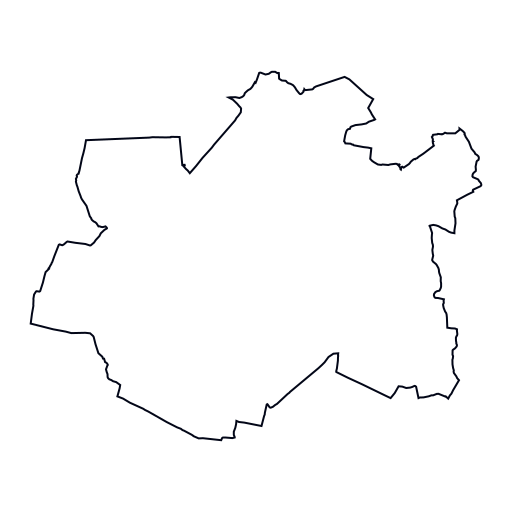 Dorobantu, Tulcea, Romania (Albers equal-area conic projection)
{"feature_id": "2599482B37280829383537", "entity_name": "Dorobantu", "entity_type": "district", "adm_level": 2, "iso_a3": "ROU", "parent_name": "Romania", "parent_adm1": "Tulcea", "projection": "albers", "projection_center": [28.322, 44.951], "detail": "fine", "context": "isolated", "style": "outline", "palette": "ink", "viewbox_px": 512, "rotation_deg": 0, "n_neighbors": 0, "source": "geoboundaries", "source_scale": "gbopen_adm2", "svg_char_len": 5965}
<svg xmlns="http://www.w3.org/2000/svg" viewBox="0 0 512 512"><path d="M78.7,172.8L78.4,173.7L77.1,174.7L76.7,175.4L77.0,176.8L75.9,178.9L76.2,180.4L75.9,181.6L76.8,185.2L77.4,186.7L78.7,191.3L80.7,196.4L81.0,197.5L81.9,199.3L86.5,205.9L89.8,216.3L91.3,218.4L91.4,219.1L91.9,219.9L93.6,221.4L95.2,222.2L96.4,223.2L98.5,226.4L99.5,226.3L101.1,226.9L102.8,227.1L105.5,226.4L106.8,227.7L106.9,228.4L104.4,229.9L100.8,233.3L99.4,236.1L95.7,240.1L94.1,242.5L90.8,245.3L90.0,245.5L85.4,244.0L75.3,242.8L67.5,241.5L66.7,241.9L64.0,244.3L62.5,245.2L61.7,245.1L59.7,244.4L58.8,244.8L54.4,256.0L52.2,262.2L51.6,263.1L51.2,264.3L50.3,265.6L49.7,266.9L48.5,268.5L48.4,268.8L48.8,269.0L48.7,269.1L45.6,272.1L44.5,276.0L42.9,282.6L40.2,291.0L39.6,291.5L39.3,291.6L36.6,291.2L36.0,291.5L34.1,294.5L33.4,298.8L33.5,300.3L33.3,304.5L33.4,305.8L32.0,313.6L30.7,323.6L53.2,329.3L65.7,331.6L71.3,333.1L85.3,332.8L90.1,333.3L93.1,336.0L93.7,337.0L95.5,344.2L98.4,353.2L102.3,356.7L103.0,358.6L104.1,358.7L105.1,362.1L106.3,362.7L107.2,363.6L107.8,364.9L107.5,365.2L106.0,369.3L106.7,372.0L107.5,374.1L107.6,377.0L107.8,377.6L108.2,378.3L109.3,379.3L111.4,380.1L113.0,381.2L116.2,382.1L120.2,385.0L119.6,388.4L117.4,396.4L123.1,398.6L129.9,402.7L143.3,408.8L144.9,409.9L148.2,411.5L166.8,422.1L177.2,427.4L180.9,428.8L182.5,430.1L183.9,430.6L191.6,434.7L193.3,435.8L193.4,436.1L198.7,438.4L202.9,438.2L221.2,440.2L222.0,438.3L222.3,437.9L223.0,437.5L225.2,437.5L232.4,438.1L234.7,437.5L234.6,436.7L233.9,435.2L233.8,434.5L233.8,431.7L235.3,427.8L236.1,424.2L236.4,420.9L239.0,422.0L244.3,422.6L261.5,426.0L264.1,416.0L264.7,414.6L264.9,412.6L266.8,404.1L266.6,403.7L267.6,404.4L269.4,407.0L269.9,407.5L270.7,407.7L272.9,406.8L275.1,405.0L277.0,403.9L287.6,394.0L289.4,392.7L289.9,392.0L318.3,368.3L322.0,364.9L324.6,362.3L328.5,357.0L333.4,353.7L338.2,353.3L338.0,355.3L338.2,355.9L338.0,357.0L337.9,360.7L336.9,368.5L336.2,371.3L336.3,372.0L347.8,377.7L362.1,384.3L386.2,396.0L390.6,398.1L394.7,393.1L398.6,386.3L402.3,386.6L406.2,388.0L410.1,387.6L412.1,387.0L414.5,385.9L415.2,386.0L416.1,386.7L418.5,398.1L419.9,397.5L423.5,397.4L428.8,396.3L431.5,395.3L433.2,395.3L436.8,393.9L438.5,393.8L445.9,396.8L446.0,396.6L448.2,398.6L449.9,395.4L451.4,393.7L453.1,390.2L459.0,380.2L457.2,378.2L456.3,376.3L453.9,373.0L453.6,371.6L453.8,370.4L453.1,368.0L452.5,364.4L452.4,359.7L452.8,358.6L453.1,356.1L452.5,354.7L452.6,350.3L453.1,349.7L455.1,348.3L456.6,346.5L456.9,345.7L456.9,344.9L456.3,343.5L456.3,342.3L456.0,341.0L455.9,337.8L456.4,336.3L457.0,335.6L457.3,334.5L457.3,333.7L456.9,330.6L457.0,329.3L455.0,328.5L451.3,328.3L447.3,327.7L446.9,317.5L446.6,314.6L446.2,313.1L445.1,311.5L443.7,308.0L443.2,305.6L443.1,304.3L443.8,302.9L443.6,300.6L443.9,299.3L438.0,298.0L435.5,297.9L434.8,297.5L434.4,296.9L433.9,295.5L434.0,294.1L435.4,292.1L437.0,291.2L439.3,290.7L439.7,290.2L440.8,287.9L441.1,286.6L441.1,283.2L440.7,281.1L440.8,277.3L439.3,273.1L439.0,271.7L438.9,269.9L438.4,268.1L436.7,265.0L435.9,264.0L433.0,261.6L432.2,260.2L432.2,259.7L433.2,255.7L432.8,253.8L432.4,250.5L432.4,249.6L432.8,247.7L433.0,246.2L432.8,244.6L432.2,242.9L431.7,238.0L431.9,234.8L432.1,233.0L430.0,226.6L429.5,225.9L429.7,225.7L433.3,224.9L436.1,225.4L438.5,226.2L442.3,228.4L445.4,229.5L449.0,231.8L451.1,232.6L454.4,233.2L454.4,230.5L455.5,223.3L455.3,218.2L454.7,216.6L454.3,211.3L454.6,210.0L455.8,206.6L457.3,203.5L457.2,201.9L456.9,200.3L467.3,194.7L473.3,191.8L472.8,190.4L473.1,189.7L480.3,186.3L481.2,185.5L481.3,184.5L480.8,183.0L478.9,180.8L478.3,179.6L477.7,179.2L473.0,177.2L472.4,176.3L472.6,174.7L473.0,173.7L473.8,172.7L475.8,171.0L475.9,169.8L475.6,166.6L476.6,161.6L477.1,160.8L478.4,160.0L478.8,158.8L478.8,157.2L478.3,156.2L477.0,155.0L475.2,153.8L474.7,152.5L471.5,148.7L468.9,141.8L465.5,136.6L465.1,135.2L464.5,134.5L464.5,133.9L464.7,133.4L464.4,132.7L462.7,131.0L459.5,128.5L459.6,129.8L455.3,133.3L446.8,133.3L445.0,132.7L443.2,133.9L442.1,134.3L442.0,134.1L440.8,134.2L437.9,133.9L437.3,134.3L433.1,134.8L432.8,135.2L432.5,136.4L431.9,137.0L432.9,139.2L432.7,141.1L433.3,141.5L432.9,141.9L432.8,142.6L433.0,143.5L433.4,144.3L433.4,145.2L433.8,145.7L423.3,153.7L418.3,157.0L417.3,158.1L415.5,158.8L415.2,159.2L414.5,159.0L413.4,159.5L410.8,161.7L410.0,162.9L408.9,164.1L403.7,167.6L402.3,166.7L401.8,166.9L401.4,167.2L400.9,169.6L400.5,169.3L400.2,167.7L398.9,165.9L399.2,165.6L399.6,164.6L399.2,164.3L397.6,164.7L396.9,163.9L395.4,163.8L390.3,164.4L388.3,165.0L382.5,164.5L381.2,164.9L377.9,164.5L373.8,162.1L371.9,160.7L370.2,158.8L371.3,148.3L368.0,147.6L363.6,147.1L353.9,145.3L353.4,145.1L353.1,144.6L351.7,144.4L350.7,143.7L345.4,143.4L344.7,142.0L344.1,141.3L345.2,135.3L346.2,131.8L346.8,130.4L348.1,129.2L350.0,128.8L350.4,127.3L351.2,126.6L355.4,125.1L361.6,124.4L366.2,123.5L368.9,121.7L374.2,119.9L375.1,119.4L371.8,114.3L370.9,112.4L368.2,108.0L373.2,99.1L366.7,95.0L349.4,79.4L344.6,76.9L316.1,86.4L314.1,87.5L313.2,88.8L312.2,89.4L305.6,90.1L304.7,89.7L304.3,89.2L304.1,90.1L303.5,90.7L303.6,91.5L303.3,91.9L301.6,93.7L300.5,94.1L300.0,94.0L299.2,93.3L296.5,90.0L294.9,87.3L293.2,85.3L292.4,84.8L290.5,83.8L288.3,83.2L287.0,82.2L286.0,81.0L285.7,80.8L281.9,80.5L279.3,78.9L279.1,78.6L278.8,73.0L278.1,72.9L277.3,73.1L275.2,71.8L271.9,71.8L270.7,72.4L268.8,73.8L265.5,74.5L260.8,72.7L259.8,72.7L259.2,72.9L256.9,79.6L255.6,82.8L254.9,82.2L252.4,86.6L251.6,87.6L250.4,88.9L247.9,90.3L246.0,92.0L244.8,93.2L244.2,95.0L243.3,96.1L241.8,97.1L239.4,98.0L235.5,97.2L230.2,97.3L228.7,97.5L232.9,99.7L237.2,103.8L239.2,106.2L240.5,107.5L241.1,108.6L240.8,112.3L238.4,115.7L236.5,117.9L235.1,120.4L214.1,144.6L211.8,147.7L202.6,157.8L196.1,166.0L189.8,173.2L187.8,170.6L186.0,169.0L183.6,166.3L184.7,165.6L184.8,165.3L184.6,164.8L182.3,165.0L179.6,137.0L174.0,136.9L171.0,136.9L170.4,137.1L170.4,137.3L165.7,137.4L152.4,137.2L149.3,137.6L86.0,140.2L84.6,148.1L83.3,153.5L82.0,158.1L79.5,170.4L78.8,172.9L78.7,172.8Z" fill="none" stroke="#020617" stroke-width="2"/></svg>